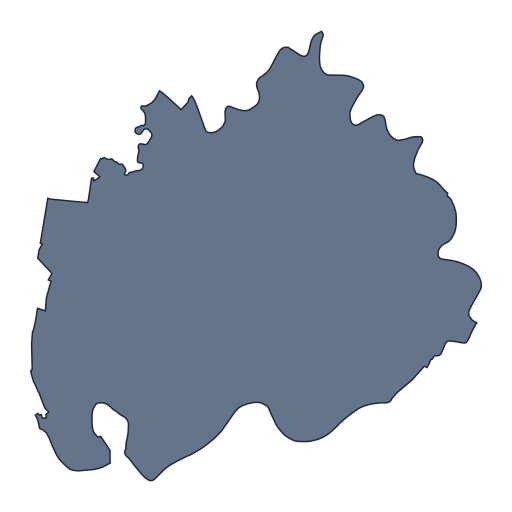 Ninh Giang, Hải Dương, Vietnam (Natural Earth projection)
{"feature_id": "81297802B74485828948407", "entity_name": "Ninh Giang", "entity_type": "district", "adm_level": 2, "iso_a3": "VNM", "parent_name": "Vietnam", "parent_adm1": "Hải Dương", "projection": "natural_earth1", "projection_center": [106.333, 20.753], "detail": "fine", "context": "isolated", "style": "filled", "palette": "slate", "viewbox_px": 512, "rotation_deg": 0, "n_neighbors": 0, "source": "geoboundaries", "source_scale": "gbopen_adm2", "svg_char_len": 5988}
<svg xmlns="http://www.w3.org/2000/svg" viewBox="0 0 512 512"><path d="M106.9,159.1L104.2,157.5L103.6,157.7L102.1,158.9L101.4,159.0L100.6,158.5L93.9,171.6L99.8,176.7L97.2,178.8L93.9,180.8L93.3,178.0L91.6,178.1L88.5,199.0L87.7,202.5L80.3,202.0L51.3,199.2L47.8,198.3L40.3,243.3L42.3,244.1L39.2,249.5L37.7,258.1L52.0,273.4L48.3,279.9L51.1,281.2L46.9,295.9L46.3,298.8L45.4,310.8L37.5,308.3L35.7,320.0L33.6,329.6L32.5,332.0L31.6,343.8L32.2,368.9L31.7,370.2L30.8,370.8L30.7,371.2L31.7,375.5L33.7,382.0L34.9,384.0L38.1,391.5L39.5,394.0L41.9,400.6L44.7,407.5L45.4,408.7L48.8,411.9L45.9,414.6L46.3,417.5L43.2,418.4L42.0,417.3L41.4,414.6L39.3,415.0L37.8,413.4L35.4,415.1L36.9,418.0L37.9,420.5L39.7,428.5L42.6,429.6L46.4,432.9L49.3,438.3L52.4,446.0L56.4,454.7L59.0,458.6L60.7,460.9L66.4,466.5L69.7,469.1L73.0,470.2L76.1,470.7L79.0,470.8L93.0,469.6L99.0,468.3L101.9,467.3L105.2,465.8L110.4,462.9L110.0,460.0L110.0,450.4L101.0,436.8L100.5,436.3L98.3,437.1L97.1,436.4L93.8,432.4L92.7,429.2L92.2,425.8L92.0,421.5L92.0,415.1L92.6,410.6L93.0,409.4L94.5,406.3L95.8,404.4L97.1,403.3L98.9,402.8L103.3,402.9L107.0,404.1L110.1,406.6L113.4,409.6L116.8,411.7L118.0,412.9L120.4,414.7L124.8,417.2L126.8,419.3L127.9,421.4L128.5,423.7L128.3,429.0L128.2,431.9L127.7,435.1L126.6,441.0L126.2,442.2L125.8,449.0L124.6,451.5L125.0,454.1L126.1,455.8L127.7,457.2L130.2,459.8L133.0,463.8L142.2,474.9L145.2,477.8L146.6,478.8L148.5,480.0L149.7,480.5L151.6,480.6L152.8,480.3L154.1,479.6L164.4,469.4L168.7,466.0L171.3,464.3L178.9,460.2L186.8,456.3L190.1,455.0L194.7,452.4L202.1,448.0L209.1,442.7L214.9,437.8L221.6,430.9L234.4,412.5L237.2,409.2L239.1,407.6L242.5,405.6L246.6,404.1L249.6,403.3L253.3,402.6L255.5,402.4L257.9,402.4L260.3,402.7L261.8,403.2L266.2,405.4L267.4,406.4L268.5,407.9L271.4,414.6L276.1,424.6L278.4,428.1L282.2,432.6L285.1,435.5L288.0,437.5L291.9,439.7L294.6,440.8L296.5,441.2L299.5,441.5L306.1,441.6L310.1,441.2L313.4,440.5L316.7,439.7L320.0,438.6L323.1,437.1L327.5,434.5L330.4,432.3L333.2,429.8L336.8,426.4L339.4,423.6L344.6,418.9L351.5,413.5L359.3,408.1L364.0,406.0L367.3,405.0L372.3,403.8L379.8,402.8L385.6,402.9L387.2,402.7L389.5,401.8L390.6,400.8L392.4,397.9L397.1,392.6L411.8,380.2L424.2,366.4L424.8,366.4L427.0,367.5L428.4,365.1L430.8,359.4L431.6,359.4L432.7,358.7L433.5,357.0L434.1,356.2L434.6,355.8L438.6,355.6L439.6,355.2L440.1,354.7L441.2,353.5L442.0,351.7L445.2,344.0L446.3,342.4L447.3,341.4L448.6,340.9L449.6,340.9L456.3,341.7L461.3,342.7L463.3,342.9L465.7,342.9L467.1,341.5L469.5,337.2L470.7,333.9L474.1,327.3L475.5,324.7L476.8,323.0L472.0,320.0L469.3,316.2L468.8,314.8L468.7,312.8L468.8,311.5L469.1,310.4L472.0,304.6L477.5,295.1L480.7,289.0L481.1,287.8L481.3,285.7L481.1,282.4L480.4,280.0L479.3,277.4L477.6,274.4L476.3,272.7L473.9,269.9L469.1,266.6L465.6,264.9L458.8,262.2L451.4,260.4L442.6,259.2L440.9,258.7L439.8,258.2L439.1,257.4L438.5,256.3L438.1,254.5L438.2,251.6L438.6,250.1L439.7,248.0L441.7,245.6L444.7,243.6L447.5,242.2L448.9,241.2L450.4,239.7L452.2,237.3L454.7,232.1L455.3,230.0L456.0,226.5L456.2,223.7L456.3,218.4L456.0,213.3L455.6,211.3L454.5,208.0L454.6,207.4L451.2,199.9L449.4,197.6L448.5,196.9L447.4,196.5L447.6,192.9L445.8,191.7L441.0,186.3L438.4,183.5L436.0,181.4L431.9,179.0L427.9,177.2L421.3,174.8L416.0,173.6L415.8,172.7L414.2,169.7L413.7,167.7L413.5,166.0L413.6,163.9L414.6,158.8L415.5,156.1L418.4,149.0L422.2,142.6L422.5,141.5L422.7,139.6L422.0,137.5L421.3,137.0L419.8,136.7L415.5,136.7L411.9,137.1L405.1,139.2L398.6,140.4L397.2,140.2L395.4,139.5L392.7,137.7L391.0,136.2L389.0,133.5L387.8,131.3L386.9,129.3L386.1,125.9L384.9,119.2L384.3,117.5L383.7,116.4L382.5,115.6L380.6,114.8L377.2,114.8L372.9,116.5L358.0,124.7L356.4,125.2L355.3,125.2L354.0,124.9L352.8,124.2L351.6,122.7L350.7,120.7L350.3,119.2L350.0,116.3L349.9,113.2L350.1,111.9L351.4,108.2L356.3,99.0L358.7,95.2L362.0,90.6L363.3,87.9L363.6,86.2L363.5,85.1L362.2,82.4L360.8,81.1L358.7,79.8L355.2,78.2L349.3,76.2L346.4,75.6L343.5,75.3L332.1,75.1L327.9,74.9L325.4,73.9L323.5,72.2L321.4,69.1L320.1,65.9L319.7,62.7L319.4,57.4L320.1,47.2L320.6,44.1L321.3,41.4L323.2,35.5L323.1,34.4L322.8,33.4L321.5,31.4L315.7,34.4L314.1,35.8L312.4,38.6L310.9,42.0L309.0,50.7L308.2,52.9L307.4,54.4L305.6,56.0L304.7,56.3L303.6,56.3L300.7,55.5L288.4,47.5L286.9,47.2L284.4,47.4L283.1,47.8L280.8,49.4L279.4,51.0L276.9,55.4L270.6,67.4L268.8,70.2L265.6,73.4L262.4,76.0L259.3,78.0L258.4,79.0L257.5,80.8L256.7,82.7L256.6,84.3L256.6,85.8L257.1,87.8L258.9,92.7L259.5,95.7L259.4,99.2L258.9,101.1L258.1,103.0L257.1,104.3L255.2,106.0L249.8,109.6L247.9,110.3L245.9,110.6L243.9,110.7L238.6,109.7L229.4,106.3L227.6,106.4L226.5,107.4L225.9,108.4L225.0,111.4L225.3,118.3L225.2,120.8L224.9,122.1L222.9,126.0L221.3,127.7L217.9,130.6L215.6,131.8L213.1,132.5L211.1,132.7L209.3,132.6L207.1,132.0L206.3,131.5L205.1,129.1L203.6,125.1L198.4,110.3L195.0,101.4L192.7,97.1L191.6,95.8L189.0,98.5L188.4,100.3L188.0,102.3L181.1,109.6L168.7,98.2L161.8,92.3L159.4,90.9L154.8,99.6L151.6,102.9L147.2,105.4L146.0,105.9L144.4,106.1L141.6,105.9L141.0,107.3L140.9,108.1L141.1,108.8L143.2,111.0L144.5,112.7L145.1,114.2L145.4,116.4L145.6,119.9L145.4,123.1L145.2,124.2L143.6,125.5L140.8,125.5L139.5,126.7L137.4,127.2L136.5,127.6L135.7,128.2L135.1,129.3L135.0,131.7L136.0,133.1L137.0,133.8L139.2,134.2L140.5,134.0L141.3,133.2L142.9,130.8L144.5,129.1L145.0,128.9L146.7,128.8L147.8,129.1L148.9,130.2L151.5,133.1L151.8,134.2L151.9,135.8L151.0,137.8L149.4,140.6L147.2,143.7L146.6,144.2L145.0,144.6L141.5,143.9L140.2,143.8L139.5,144.1L138.9,144.7L138.3,146.3L138.3,147.9L138.9,150.4L138.8,151.7L137.6,157.3L137.4,160.6L137.9,162.1L138.5,162.6L142.4,163.3L143.0,164.2L143.3,165.6L143.0,167.1L142.4,168.6L141.1,169.8L139.5,170.5L135.2,171.0L133.1,171.8L129.7,172.5L129.3,172.7L128.5,173.9L127.8,174.7L126.8,175.1L125.0,175.0L124.6,174.4L124.5,173.7L125.8,171.3L125.8,170.0L124.8,167.9L122.6,164.6L121.9,164.0L119.6,164.3L118.4,163.9L116.9,162.1L115.3,161.8L114.0,161.1L112.4,159.3L111.8,158.9L111.2,158.9L108.6,159.5L106.9,159.1Z" fill="#64748b" stroke="#1e293b" stroke-width="1.5"/></svg>